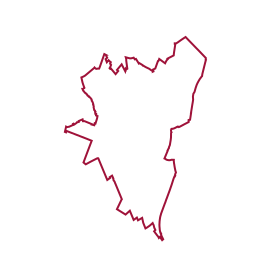 the district of Goirle, Noord-Brabant, Netherlands, rotated 103°
{"feature_id": "6326949B96692353293855", "entity_name": "Goirle", "entity_type": "district", "adm_level": 2, "iso_a3": "NLD", "parent_name": "Netherlands", "parent_adm1": "Noord-Brabant", "projection": "natural_earth1", "projection_center": [5.032, 51.506], "detail": "fine", "context": "isolated", "style": "outline", "palette": "rose", "viewbox_px": 256, "rotation_deg": 103, "n_neighbors": 0, "source": "geoboundaries", "source_scale": "gbopen_adm2", "svg_char_len": 5168}
<svg xmlns="http://www.w3.org/2000/svg" viewBox="0 0 256 256"><g transform="rotate(103 128 128)"><path d="M26.4,92.4L29.8,95.6L33.4,98.8L34.4,99.8L34.7,100.1L34.8,100.5L35.0,101.5L35.4,101.4L35.3,100.8L44.5,100.1L47.0,99.8L51.5,105.1L51.9,104.7L53.2,105.5L54.8,106.0L55.3,106.1L56.6,106.4L53.7,113.1L55.4,113.3L56.0,113.6L56.1,113.9L63.9,114.8L65.4,116.7L67.1,115.9L67.4,116.3L67.2,116.3L66.9,117.1L66.8,117.6L66.6,117.9L66.4,118.6L65.6,120.5L65.5,120.8L64.7,124.4L63.6,127.8L63.3,127.8L63.5,127.9L63.4,128.0L62.2,131.7L62.7,132.0L59.0,135.7L58.9,135.8L59.6,136.8L58.2,138.3L59.3,140.3L59.3,140.6L59.7,141.5L59.7,142.6L59.7,143.3L59.6,146.1L61.3,145.2L62.7,144.9L70.4,142.0L71.5,143.0L71.0,143.5L71.6,143.5L73.0,143.2L73.1,143.3L73.2,143.5L73.3,143.5L67.4,148.5L73.9,151.8L74.7,150.4L78.3,152.2L73.9,158.0L74.3,158.1L74.5,158.5L73.9,159.4L72.5,159.0L70.3,158.7L69.4,159.9L68.1,159.6L67.8,160.0L67.6,159.9L67.1,161.1L66.9,161.2L66.3,162.2L68.7,163.4L65.9,165.3L64.2,164.1L61.9,166.0L61.8,165.8L61.3,167.7L74.8,169.2L76.6,169.5L76.7,169.9L77.1,171.2L77.1,171.4L77.5,172.1L77.5,172.3L77.5,172.5L77.4,172.8L77.3,173.0L77.0,173.6L76.6,174.2L76.9,174.3L86.6,181.6L87.9,183.0L88.4,183.7L89.2,184.8L93.8,182.6L95.5,181.6L98.0,180.0L98.7,179.5L99.1,179.7L99.3,180.1L99.5,180.3L100.0,180.7L100.2,180.8L100.4,180.9L100.4,181.0L100.7,180.8L101.1,180.5L101.9,179.8L101.9,179.7L102.0,179.6L102.1,179.4L102.3,179.1L102.5,178.9L102.7,178.7L102.8,178.6L102.9,178.4L103.1,178.3L103.2,178.1L103.3,178.0L103.3,177.9L103.4,177.7L103.4,177.4L103.7,177.1L103.7,176.9L103.8,176.8L103.9,176.6L104.1,176.4L104.2,176.1L104.3,175.9L104.4,175.6L104.6,175.4L105.0,175.2L105.3,175.0L105.3,174.7L105.4,174.4L105.7,174.2L105.8,174.1L105.9,173.7L106.0,173.6L106.2,173.4L106.3,173.3L106.4,173.2L106.4,172.9L106.2,172.7L106.3,172.6L106.7,172.2L107.0,171.6L107.2,171.3L107.3,171.1L107.8,170.6L108.2,170.0L108.3,169.9L108.7,169.9L108.9,169.8L109.2,169.5L109.7,169.4L109.8,169.3L109.9,169.1L110.2,168.7L110.4,168.6L111.0,168.2L111.5,167.8L112.0,167.5L112.2,167.4L112.5,167.3L112.8,167.3L113.1,167.3L113.3,167.1L113.3,166.9L113.9,166.7L114.1,166.6L114.3,166.4L114.7,166.2L114.9,166.2L115.2,166.2L115.3,166.2L115.5,166.2L115.8,166.0L117.4,165.3L117.8,164.9L118.2,164.8L118.2,164.7L118.5,164.3L118.6,164.1L119.0,164.0L119.2,163.9L119.3,163.8L119.4,163.6L119.4,163.4L119.5,163.3L120.1,163.5L120.2,163.4L120.5,163.3L120.9,163.2L121.1,163.1L121.5,163.1L121.8,162.8L121.8,162.7L121.7,162.3L121.6,162.1L121.9,162.0L122.0,162.3L122.8,162.0L122.9,161.9L123.0,161.9L123.1,161.7L123.1,161.4L123.1,161.1L123.3,160.7L123.3,160.4L125.7,160.3L131.0,160.7L130.9,161.5L132.9,161.5L132.8,164.1L132.4,164.0L131.1,171.9L131.5,173.4L129.8,174.2L132.3,177.6L133.1,177.3L133.6,178.2L133.9,179.0L134.2,179.0L134.9,179.5L136.2,180.7L136.5,180.9L137.0,181.5L136.1,182.1L136.5,182.6L137.3,182.3L138.0,183.0L139.9,185.5L140.1,185.8L140.3,186.4L140.7,187.2L140.8,187.5L140.8,187.8L140.8,188.1L140.6,188.6L146.0,188.6L146.2,187.4L144.7,187.2L147.8,165.6L148.0,164.4L148.6,160.5L158.0,161.8L171.6,163.6L172.9,161.0L169.1,156.7L163.9,150.5L163.6,150.6L183.3,136.5L180.7,134.2L180.0,134.7L178.0,132.8L180.1,131.2L180.2,131.3L181.0,130.7L181.6,130.6L182.2,130.3L182.5,130.0L182.8,129.5L182.9,129.4L183.3,129.0L184.7,128.1L184.9,127.9L198.8,118.0L199.0,118.1L199.3,118.2L209.6,120.5L212.9,110.9L208.2,107.6L216.3,101.8L213.3,99.2L215.7,97.5L212.4,94.0L217.0,91.8L221.9,88.4L220.4,86.8L219.7,86.2L219.1,85.6L218.3,84.9L216.4,83.5L215.1,82.6L216.1,81.9L216.3,81.6L217.2,81.0L218.8,80.2L219.5,79.8L221.2,78.4L222.8,79.3L223.1,78.9L224.0,77.9L224.3,77.6L224.9,76.8L225.7,75.9L227.2,74.0L228.2,73.2L226.9,72.4L228.5,70.7L229.6,69.5L228.5,68.7L225.8,70.9L223.9,72.1L223.6,71.9L223.1,72.3L223.4,72.4L222.7,72.9L222.0,73.3L220.9,73.8L219.9,74.2L218.9,74.5L217.1,75.1L215.3,75.6L213.6,75.9L212.0,76.2L210.2,76.4L207.8,76.6L206.3,76.6L205.2,76.5L204.1,76.5L202.5,76.3L193.1,75.1L192.6,75.0L192.0,74.9L191.8,74.9L188.9,74.6L187.1,74.3L186.8,74.3L179.0,73.3L173.3,72.7L167.1,72.2L165.1,71.9L164.3,71.7L164.4,71.4L163.8,71.3L163.7,71.5L163.8,71.4L163.7,71.6L163.0,71.6L162.1,71.6L160.5,71.3L159.2,72.1L157.9,72.7L156.6,73.3L154.5,74.2L153.2,74.7L151.8,75.3L149.4,76.1L148.7,76.2L149.1,78.3L150.0,80.0L150.2,80.9L150.3,82.7L150.1,83.8L150.0,84.0L149.9,84.3L149.7,84.5L149.5,85.6L141.2,84.2L141.1,84.4L139.3,84.0L139.0,83.8L138.2,83.6L137.7,83.8L136.5,83.6L135.6,83.4L134.7,83.4L133.3,83.5L130.0,83.7L129.1,83.8L127.4,84.0L126.1,84.3L123.2,84.9L122.5,84.9L122.3,84.7L121.7,85.2L121.3,85.3L121.1,85.4L119.9,85.8L119.6,85.9L119.7,86.0L119.5,85.7L119.4,85.5L118.9,84.7L118.5,84.0L118.3,83.4L118.2,83.3L117.4,82.2L116.0,80.6L115.8,80.4L115.6,80.1L115.5,79.9L115.4,79.8L115.4,79.5L115.7,79.2L115.4,78.9L115.4,78.2L112.1,74.4L111.9,74.2L111.4,73.6L108.6,70.3L108.5,70.2L108.4,70.2L106.6,70.8L106.5,70.7L106.0,69.4L103.2,69.6L99.3,69.9L99.3,70.0L90.6,70.6L88.6,70.7L85.8,70.9L82.8,71.8L79.9,72.0L77.9,71.3L75.7,71.2L73.7,71.1L72.7,71.0L70.7,70.8L68.7,70.4L66.8,69.9L64.9,69.3L64.0,69.0L62.2,68.2L61.2,67.8L60.8,67.5L58.8,67.7L58.3,67.7L46.7,67.5L44.1,67.4L44.0,67.7L42.3,67.9L36.4,76.9L34.5,79.9L26.4,92.4Z" fill="none" stroke="#9f1239" stroke-width="2"/></g></svg>